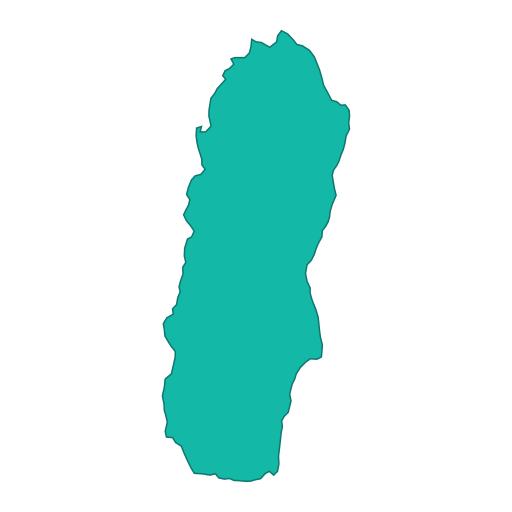 Caiabu, São Paulo, Brazil (Equal Earth projection)
{"feature_id": "56859067B16572160644513", "entity_name": "Caiabu", "entity_type": "district", "adm_level": 2, "iso_a3": "BRA", "parent_name": "Brazil", "parent_adm1": "São Paulo", "projection": "equal_earth", "projection_center": [-51.225, -21.947], "detail": "fine", "context": "isolated", "style": "filled", "palette": "teal", "viewbox_px": 512, "rotation_deg": 0, "n_neighbors": 0, "source": "geoboundaries", "source_scale": "gbopen_adm2", "svg_char_len": 2235}
<svg xmlns="http://www.w3.org/2000/svg" viewBox="0 0 512 512"><path d="M345.3,104.9L340.8,105.2L336.7,101.7L331.6,100.3L327.8,92.9L323.6,85.3L321.9,78.1L319.5,69.8L316.8,63.0L314.2,56.6L309.3,50.2L302.3,45.8L296.7,44.4L293.6,40.2L287.6,33.9L281.5,30.7L277.6,35.9L276.7,41.8L269.7,47.3L261.4,42.5L255.9,41.8L251.7,39.3L251.0,46.7L249.3,53.1L244.8,57.6L239.8,57.6L234.9,57.6L231.0,59.0L233.8,64.2L229.3,68.6L225.1,70.7L222.7,75.7L225.7,79.3L221.5,83.9L217.4,88.4L214.5,93.7L210.9,98.4L209.8,105.2L209.0,110.3L208.9,116.0L211.1,126.1L205.6,132.0L200.2,131.8L201.5,126.5L196.6,128.1L196.1,135.8L196.9,142.0L198.4,148.5L200.2,154.0L201.8,159.3L201.9,164.9L205.1,169.3L200.8,174.4L195.1,175.9L191.5,179.9L188.5,187.1L186.6,194.4L189.8,199.7L188.6,205.0L185.8,210.2L183.6,214.8L186.4,220.7L190.9,226.1L194.2,231.2L191.5,237.0L187.5,239.0L184.7,248.1L184.3,256.0L185.8,262.3L182.8,267.2L183.0,274.1L180.5,281.2L179.0,286.9L180.2,291.8L177.7,297.8L176.6,304.6L172.6,308.8L173.2,314.2L166.9,317.7L163.3,323.7L164.3,329.3L164.9,335.9L168.0,341.3L171.1,346.2L175.3,351.5L175.2,357.0L173.7,363.9L171.4,373.8L165.2,379.0L164.3,387.5L162.4,395.8L164.1,404.6L164.3,410.3L165.8,415.2L167.3,422.3L165.2,431.4L166.5,437.1L172.6,437.6L175.6,442.5L181.3,446.2L184.1,453.1L187.7,461.1L191.1,468.0L194.3,473.3L203.0,473.9L210.0,475.1L215.4,473.8L218.8,477.9L224.2,479.1L229.6,478.5L233.8,480.4L239.5,480.7L245.9,481.3L250.8,481.1L255.1,479.8L260.6,478.7L265.0,473.8L269.3,471.3L273.7,475.1L277.5,471.3L278.9,464.0L278.5,456.2L279.9,444.5L281.2,432.5L282.4,426.3L281.6,420.9L284.2,416.3L288.2,412.3L291.0,401.0L289.7,394.1L291.0,388.6L292.3,383.8L294.6,379.3L296.3,373.8L300.3,367.5L305.7,362.1L310.3,358.8L316.9,359.2L321.4,357.0L322.4,345.1L320.4,337.1L319.7,332.0L318.9,324.4L318.2,317.4L315.8,309.4L312.0,299.8L310.1,293.1L310.1,287.8L307.0,281.2L305.5,273.4L307.0,264.9L311.4,260.1L314.3,254.3L316.1,248.7L318.2,243.6L321.9,236.9L322.3,230.7L325.4,226.7L328.0,222.1L329.5,217.2L330.1,211.6L332.2,204.4L336.1,195.3L334.4,188.4L333.1,180.8L332.2,175.3L333.6,169.9L336.7,165.7L338.9,161.3L340.9,155.1L343.3,149.4L345.0,142.9L346.1,136.0L349.5,129.1L348.7,122.5L349.6,116.0L349.1,110.3L345.3,104.9Z" fill="#14b8a6" stroke="#0f766e" stroke-width="1.5"/></svg>